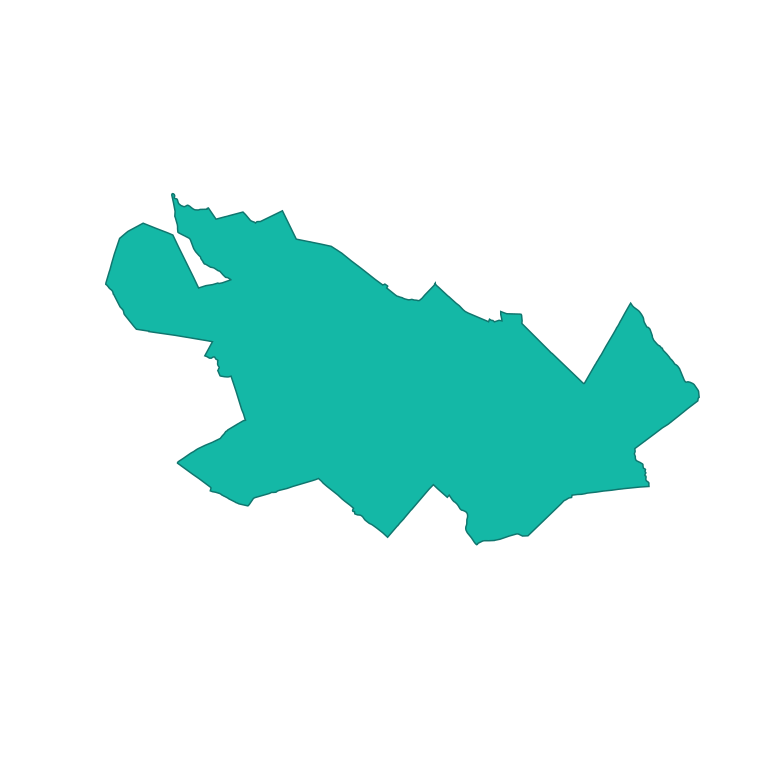 Clejani, Giurgiu, Romania, rotated 201°
{"feature_id": "2599482B97356742421436", "entity_name": "Clejani", "entity_type": "district", "adm_level": 2, "iso_a3": "ROU", "parent_name": "Romania", "parent_adm1": "Giurgiu", "projection": "orthographic", "projection_center": [25.72, 44.314], "detail": "fine", "context": "isolated", "style": "filled", "palette": "teal", "viewbox_px": 768, "rotation_deg": 201, "n_neighbors": 0, "source": "geoboundaries", "source_scale": "gbopen_adm2", "svg_char_len": 6135}
<svg xmlns="http://www.w3.org/2000/svg" viewBox="0 0 768 768"><g transform="rotate(201 384 384)"><path d="M165.3,538.3L166.2,539.3L168.5,541.2L171.6,543.2L173.2,543.8L178.2,545.2L180.0,546.0L182.7,547.9L183.1,545.6L184.5,536.5L185.6,528.2L185.8,527.5L186.1,524.4L186.4,522.2L187.0,519.6L187.1,518.2L187.9,512.9L190.4,498.2L191.6,489.5L192.2,486.8L192.9,482.4L193.4,480.3L193.4,479.1L193.8,477.7L197.1,456.7L197.3,456.3L197.7,456.0L199.1,456.4L237.8,472.7L238.5,472.9L239.7,473.1L239.7,473.3L277.0,489.9L277.7,492.5L280.2,497.5L281.0,498.2L282.3,497.9L294.5,493.6L296.8,493.5L301.0,493.5L299.9,490.7L297.2,486.6L296.5,485.2L299.4,484.7L303.2,481.6L305.1,482.3L306.5,481.9L308.7,482.3L308.7,479.6L330.7,480.4L334.2,480.8L336.8,481.7L341.8,484.1L345.8,485.3L354.8,488.8L356.0,489.1L367.8,493.9L370.1,494.7L371.7,495.6L372.0,496.0L372.3,496.6L372.6,495.6L372.4,495.0L372.5,494.2L377.8,481.7L379.2,477.7L380.8,474.8L381.2,474.4L382.4,474.0L383.2,474.0L386.0,473.2L388.3,473.0L390.4,471.7L391.4,471.3L395.0,470.9L396.6,470.9L397.9,471.1L400.9,470.8L401.5,470.9L403.3,470.7L405.0,471.1L415.9,474.6L415.6,476.7L416.1,476.9L419.0,477.6L419.6,476.8L420.2,476.5L420.7,476.0L429.5,478.4L446.5,483.7L458.6,487.2L470.3,491.0L482.6,493.6L493.1,492.0L517.8,487.8L540.9,509.3L557.6,491.4L560.7,490.1L561.7,488.2L562.8,488.6L566.2,488.6L567.6,489.0L574.1,492.6L577.3,494.0L599.9,477.7L611.0,485.4L611.9,484.7L612.1,484.2L611.9,483.7L618.2,481.1L619.7,479.9L622.7,478.9L624.3,478.9L626.7,479.5L629.0,480.3L630.8,480.6L631.7,480.4L633.3,478.5L633.9,478.0L634.8,477.8L637.7,477.9L640.2,478.8L641.1,479.6L643.1,482.2L643.8,482.5L646.2,482.3L646.6,482.8L646.8,483.6L646.7,484.4L646.9,484.8L647.3,485.3L647.7,485.7L648.7,486.1L649.7,485.9L650.0,485.4L649.9,484.4L645.4,477.6L640.9,470.3L639.4,465.6L638.4,464.5L634.0,458.6L633.1,456.9L632.3,454.8L631.1,452.4L630.7,451.8L629.6,451.5L618.4,450.3L617.3,449.9L616.4,449.2L610.2,442.2L607.3,440.0L602.9,437.7L601.0,437.0L599.8,435.4L596.4,433.1L596.2,432.9L596.3,432.8L595.6,432.3L594.7,431.7L593.5,431.9L587.9,430.9L584.9,431.4L583.8,431.3L579.3,430.3L577.9,430.5L577.0,430.1L573.4,428.2L570.1,426.8L568.1,427.3L564.4,426.6L564.3,426.4L571.2,420.5L574.0,418.7L575.3,418.7L579.6,415.4L585.5,412.0L591.5,407.2L600.0,415.3L624.8,438.2L634.5,447.4L639.8,447.6L652.0,447.6L666.5,447.8L677.6,434.9L678.8,432.9L683.0,425.2L682.3,408.6L681.5,399.1L680.8,392.5L680.7,389.9L679.8,378.5L679.4,377.3L678.4,377.1L675.8,375.7L675.6,375.4L673.1,374.3L672.3,374.2L670.7,373.3L669.5,371.9L669.1,371.0L668.6,370.9L667.6,370.0L658.0,361.4L654.5,359.7L653.6,359.0L651.8,356.3L651.2,355.8L638.2,348.2L634.8,346.4L622.3,349.1L622.2,348.7L596.4,354.6L563.9,361.2L559.3,362.0L561.4,346.1L559.0,346.1L556.3,345.6L554.5,346.2L553.7,347.3L553.2,347.9L552.3,348.4L551.7,348.4L549.9,347.0L547.8,346.7L547.4,346.3L547.5,345.6L547.0,344.8L546.9,344.0L546.3,342.6L545.5,341.7L544.1,340.8L543.7,340.3L543.9,338.0L543.8,337.0L543.9,336.9L540.0,332.9L539.2,332.9L535.6,333.6L532.6,334.5L531.4,335.1L529.6,336.5L519.5,324.2L507.9,309.4L504.5,305.8L501.3,301.6L500.3,300.6L500.7,300.2L501.5,299.8L502.0,299.5L506.3,294.2L513.4,285.1L513.9,283.8L514.7,282.9L515.3,280.3L516.4,277.6L517.3,274.6L517.6,274.2L524.0,267.4L528.9,262.8L534.3,257.1L535.6,255.5L537.5,252.7L539.3,250.6L540.9,248.3L544.9,242.4L547.8,238.4L548.6,236.9L548.4,236.1L530.3,231.2L522.9,229.4L508.8,225.4L508.4,225.1L508.2,224.7L507.9,222.0L505.6,222.0L502.4,222.6L498.0,222.9L496.4,222.6L495.9,222.3L495.1,222.3L493.5,222.0L492.7,222.0L489.2,221.6L487.8,221.2L481.0,220.5L479.5,220.2L478.3,220.3L476.6,220.1L467.6,221.4L467.1,221.8L466.5,223.6L464.9,230.3L464.0,231.5L451.8,240.7L450.0,242.6L448.7,243.0L446.4,244.1L445.8,244.6L445.2,245.8L444.2,246.7L443.6,247.2L437.0,251.8L432.4,255.7L415.7,268.5L413.5,270.3L411.3,272.3L407.4,270.8L405.4,269.7L400.6,268.0L387.2,263.8L382.1,261.7L378.2,260.4L372.1,258.6L367.9,257.1L368.1,256.0L368.1,255.4L367.9,254.4L367.4,254.0L366.9,254.0L365.8,254.3L364.7,252.3L361.9,252.3L359.0,253.1L357.4,252.8L356.0,252.2L353.8,250.7L352.7,250.1L347.8,248.6L345.7,248.5L344.4,248.3L339.1,246.9L332.0,244.7L325.7,242.2L320.6,256.5L320.4,256.6L319.4,259.8L317.1,265.5L317.1,265.8L314.7,272.7L313.7,275.8L313.3,276.4L304.3,301.8L301.8,307.7L296.1,305.3L284.3,300.9L283.3,303.6L278.9,300.5L277.7,299.8L276.6,299.3L275.4,299.1L273.3,298.3L271.4,297.2L268.2,294.7L266.6,294.1L265.9,294.1L264.9,294.3L263.0,294.2L261.8,294.0L260.9,293.6L259.9,292.9L259.0,291.6L258.7,290.8L258.3,289.8L258.0,287.0L256.6,283.1L256.4,281.6L256.4,280.1L256.0,278.6L255.6,277.8L255.1,277.0L253.4,275.4L252.6,274.8L247.2,271.7L242.6,268.4L240.9,267.5L239.9,267.2L239.4,267.7L239.6,267.9L239.4,268.4L239.0,269.1L235.6,272.8L234.1,273.7L230.1,275.2L224.8,277.5L224.7,277.7L220.0,280.7L212.4,287.1L206.5,291.5L205.6,291.9L204.5,292.1L200.2,291.7L195.2,293.9L175.9,335.3L174.1,339.7L173.6,340.0L173.3,340.5L172.5,341.3L170.8,343.6L170.2,344.1L168.2,345.3L168.6,347.6L163.8,350.2L160.1,351.8L156.9,353.7L155.3,354.9L146.6,359.4L140.8,362.7L133.6,366.3L127.5,369.7L124.3,371.3L122.7,372.2L108.2,379.5L99.9,383.3L100.6,384.8L101.2,386.5L102.8,387.4L104.0,387.5L104.6,387.9L105.2,388.5L105.5,389.0L105.9,390.7L106.3,391.6L106.6,391.9L107.5,392.0L107.9,392.5L107.9,393.2L107.7,394.6L107.7,394.9L108.0,395.2L108.7,395.6L109.0,396.0L109.1,396.3L109.2,397.8L109.8,398.2L111.6,398.4L112.5,399.7L113.5,401.7L114.0,402.0L116.5,402.5L120.2,402.8L121.2,403.1L121.8,403.5L122.8,404.8L123.4,406.4L124.9,408.1L125.3,408.8L125.3,410.4L125.4,411.1L126.7,413.6L113.6,434.4L108.4,442.8L104.2,448.4L96.8,461.0L91.6,470.0L85.0,480.7L85.5,482.9L85.4,483.9L85.0,484.5L87.6,489.7L88.4,490.6L94.2,494.6L95.8,495.1L98.8,495.3L101.0,495.0L102.3,494.1L103.2,494.0L103.7,494.2L105.0,495.1L113.6,504.2L116.2,505.9L117.8,506.5L119.7,506.8L122.1,508.5L124.4,509.8L125.8,510.2L127.0,511.2L130.7,513.3L135.2,515.4L136.4,516.3L136.9,517.1L138.3,517.2L139.3,518.0L140.0,518.2L140.3,518.4L141.5,518.4L143.3,519.1L147.7,521.4L150.0,523.6L151.0,525.4L154.8,529.9L155.8,530.8L156.5,531.1L157.6,531.5L158.8,531.4L159.3,531.6L162.8,534.6L163.8,535.7L165.3,538.3Z" fill="#14b8a6" stroke="#0f766e" stroke-width="1.5"/></g></svg>